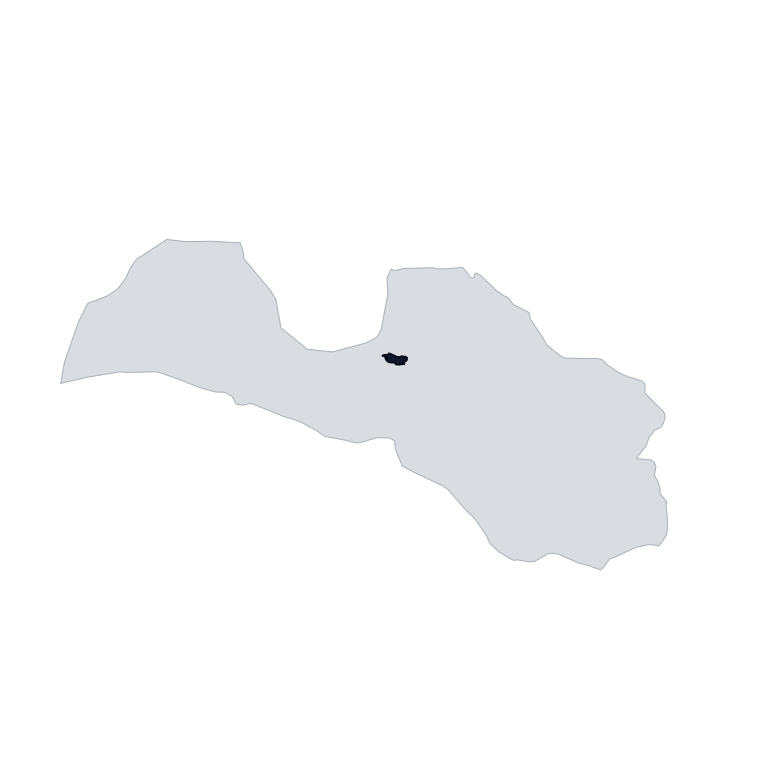 Inčukalna pag., Incukalna, Latvia shown in context, rotated 16°
{"feature_id": "27541924B15420953468382", "entity_name": "Inčukalna pag.", "entity_type": "district", "adm_level": 2, "iso_a3": "LVA", "parent_name": "Latvia", "parent_adm1": "Incukalna", "projection": "natural_earth1", "projection_center": [24.654, 57.105], "detail": "fine", "context": "in_parent", "style": "filled", "palette": "ink", "viewbox_px": 768, "rotation_deg": 16, "n_neighbors": 0, "source": "geoboundaries", "source_scale": "gbopen_adm2", "svg_char_len": 5290}
<svg xmlns="http://www.w3.org/2000/svg" viewBox="0 0 768 768"><g transform="rotate(16 384 384)"><path d="M557.7,517.7L553.3,517.2L540.8,513.7L530.3,508.4L524.0,501.5L513.0,492.0L505.9,487.1L494.7,481.0L476.0,468.6L469.2,465.8L436.2,460.4L424.2,457.9L413.2,443.9L409.7,435.7L404.2,434.3L398.3,436.0L391.9,437.6L377.1,447.1L372.3,448.5L363.0,448.6L341.5,450.7L331.7,447.3L314.7,443.5L305.5,442.9L297.3,442.9L261.0,439.2L254.3,443.3L247.6,444.0L241.2,437.7L233.1,435.9L224.2,438.1L208.0,438.3L188.7,436.3L164.3,434.8L160.6,435.4L133.3,443.8L126.6,445.1L96.8,459.3L73.1,472.5L70.8,451.3L73.1,409.1L77.0,388.1L93.3,376.0L101.6,366.5L106.5,353.9L108.2,342.2L111.6,332.5L135.4,304.9L153.9,301.9L178.9,294.3L206.9,287.9L212.2,296.0L214.8,302.2L248.2,324.8L256.7,332.4L269.5,358.5L300.7,371.7L325.3,367.5L336.0,361.1L355.7,349.3L364.5,340.6L366.3,332.3L362.9,296.6L357.6,281.2L359.4,271.6L362.9,272.1L371.2,267.5L398.5,258.9L403.9,258.5L410.1,256.8L427.3,250.3L432.8,253.7L437.4,257.7L440.0,257.7L441.2,256.3L440.9,253.7L442.1,251.9L447.0,252.9L467.0,263.6L474.6,266.1L479.9,266.8L486.2,271.9L503.2,275.2L505.3,277.8L506.6,281.1L522.7,294.7L529.9,301.6L544.1,307.8L550.2,309.3L575.0,302.9L581.8,300.7L587.6,300.7L593.4,304.0L606.7,308.5L618.8,310.0L621.0,309.7L631.2,310.1L634.8,311.9L637.3,320.6L649.0,327.5L659.8,333.2L662.6,335.8L663.6,340.9L663.0,346.8L661.7,349.9L657.2,353.4L653.5,362.4L653.1,370.9L647.1,385.7L648.5,386.0L661.5,383.3L665.2,384.8L668.1,388.1L669.2,397.4L673.6,401.6L678.1,408.1L679.5,413.2L688.0,419.2L688.7,423.1L694.1,437.0L696.2,445.0L697.2,451.2L694.8,459.0L692.7,464.3L690.1,464.0L682.6,465.4L670.9,471.8L653.5,486.9L649.0,490.3L644.6,501.8L643.5,503.0L633.2,502.4L630.4,502.2L620.1,502.4L597.6,499.4L589.0,501.4L577.7,513.0L573.3,514.8L560.0,516.4L557.7,517.7Z" fill="#d9dde1" stroke="#a8b0b8" stroke-width="1"/><path d="M385.8,361.4L386.3,361.3L386.8,361.0L387.1,360.8L387.2,360.7L387.5,360.5L388.0,360.8L388.6,361.0L388.9,361.2L389.1,361.3L389.5,361.5L389.8,361.6L390.0,361.9L390.0,362.0L391.0,361.8L391.4,361.7L392.1,361.6L392.6,361.5L393.7,361.3L393.4,360.7L395.1,360.4L396.1,360.2L396.0,359.9L395.8,359.6L396.4,359.5L396.3,359.2L396.5,359.2L396.8,359.2L397.0,359.2L397.0,359.3L397.3,359.4L397.5,359.4L397.4,359.3L397.5,359.2L397.8,359.2L398.0,359.1L398.0,358.9L397.9,359.0L397.8,358.7L397.7,358.6L397.6,358.3L397.6,358.2L397.5,357.9L397.4,357.9L397.4,357.7L396.9,357.7L396.6,357.8L396.5,357.7L396.4,357.8L396.3,357.7L396.2,357.7L396.3,357.5L396.3,357.4L396.5,357.3L396.4,357.2L396.7,357.1L396.6,356.8L396.6,356.7L396.4,356.6L396.0,356.6L396.4,356.4L396.5,356.3L396.8,356.2L397.0,356.1L397.3,356.0L397.6,355.9L397.9,355.9L398.0,355.9L398.3,355.9L398.4,356.0L398.8,356.1L399.0,355.9L398.9,355.4L398.8,354.9L399.1,354.8L399.5,354.6L399.4,354.3L399.4,354.1L399.3,353.8L399.3,353.7L399.2,353.5L399.2,353.4L399.3,353.4L399.2,353.4L399.2,353.2L399.1,352.8L398.9,352.7L398.9,352.4L399.0,352.3L399.0,352.2L398.9,352.2L399.0,352.2L398.9,352.2L398.7,352.2L398.3,352.2L398.1,352.2L397.9,352.2L397.7,352.2L397.4,352.0L397.4,351.9L397.3,351.6L397.2,351.6L396.9,351.6L396.6,351.7L396.4,351.8L396.3,352.0L396.4,352.4L396.4,352.5L396.1,352.5L395.9,352.5L395.7,352.4L395.3,352.1L395.2,352.0L395.0,351.9L394.9,351.9L394.8,352.0L394.7,352.0L394.5,352.3L394.4,352.6L394.2,352.6L393.8,352.6L393.5,352.6L393.3,352.5L393.1,352.4L393.0,352.5L392.8,352.5L392.7,352.6L392.6,352.9L392.7,353.0L392.9,353.1L392.8,353.4L392.7,353.5L392.3,353.7L392.0,353.9L391.7,353.8L391.4,353.7L391.2,353.6L390.9,353.6L390.7,353.6L390.5,353.8L390.3,353.9L390.2,354.0L389.9,354.1L389.7,354.3L389.6,354.2L389.3,354.1L389.2,354.1L388.9,354.0L388.7,354.1L388.7,354.3L388.7,354.5L388.8,354.5L388.7,354.5L388.3,354.4L388.2,354.4L388.0,354.2L387.7,354.1L387.4,354.0L387.2,353.9L386.8,353.8L386.6,353.7L386.4,353.6L386.1,353.6L385.8,353.6L385.7,353.7L385.3,353.7L385.1,353.7L384.7,353.7L384.4,353.6L383.9,353.4L383.6,353.3L383.3,353.3L383.1,353.2L382.9,353.2L382.6,353.3L382.3,353.3L382.1,353.3L381.8,353.3L381.4,353.1L381.1,352.9L380.9,352.9L380.7,352.9L380.6,353.0L380.4,353.1L380.2,353.2L380.1,353.4L380.1,353.7L380.1,353.9L380.0,354.0L379.7,354.3L379.3,354.6L379.2,354.7L378.9,354.9L378.6,355.0L378.2,355.1L377.9,355.3L377.7,355.4L377.4,355.5L377.2,355.6L376.9,355.7L376.7,355.7L376.6,355.8L376.3,356.0L376.1,356.1L375.9,356.1L375.7,356.2L375.6,356.3L375.4,356.4L375.3,356.5L375.2,356.5L374.9,356.7L374.7,356.8L374.6,357.0L374.8,357.2L374.8,357.3L375.0,357.3L375.1,357.5L375.3,357.6L375.5,357.5L375.8,357.4L375.9,357.5L376.0,357.4L376.1,357.2L376.3,357.0L376.4,356.9L376.3,356.7L376.6,356.7L376.9,356.8L377.0,356.8L377.2,357.0L377.5,357.2L377.5,357.3L377.9,357.3L378.3,357.6L378.9,357.8L379.2,357.8L379.3,357.8L379.5,357.9L379.8,357.9L380.0,357.8L380.0,358.0L379.6,358.3L379.3,358.4L379.1,358.5L378.8,358.6L378.7,358.6L378.3,358.8L378.2,358.8L378.3,358.9L378.5,359.2L379.0,359.1L379.4,359.0L379.8,358.9L379.9,359.2L380.0,359.2L380.0,359.3L380.1,359.5L380.1,359.8L379.9,360.0L380.2,360.1L380.3,360.1L380.0,360.2L379.9,360.2L379.6,360.3L379.4,360.3L379.5,360.4L379.6,360.5L379.8,360.7L380.2,360.6L380.4,360.8L380.5,360.8L380.6,360.7L380.7,360.8L380.8,360.9L381.1,361.2L381.2,361.3L381.4,361.5L381.6,361.6L382.1,361.8L384.0,361.7L384.8,361.5L385.8,361.4Z" fill="#0f172a" stroke="#020617" stroke-width="1.5"/></g></svg>